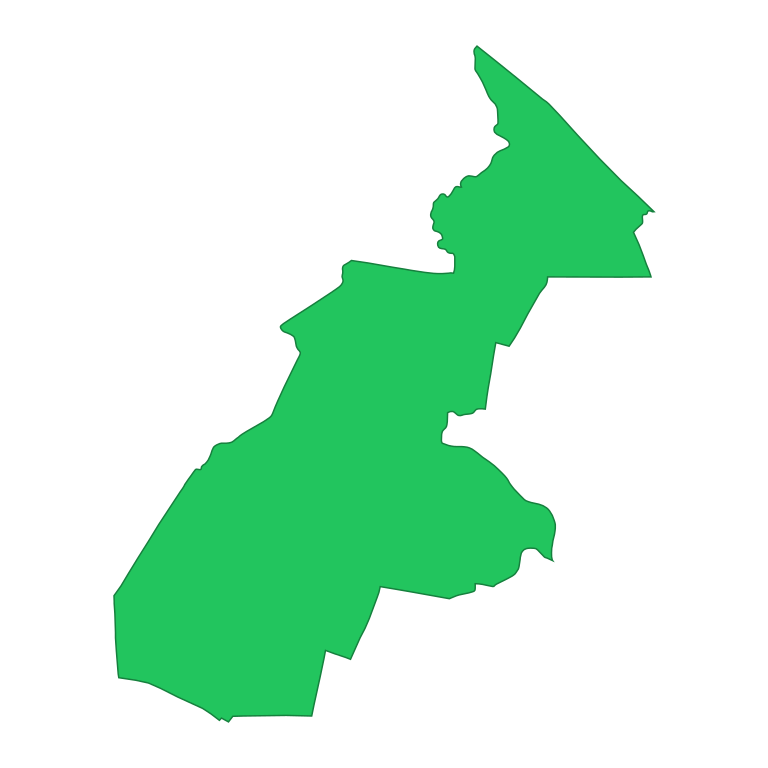 Kien Tuong, Long An, Vietnam (Mercator projection)
{"feature_id": "81297802B15581259777878", "entity_name": "Kien Tuong", "entity_type": "district", "adm_level": 2, "iso_a3": "VNM", "parent_name": "Vietnam", "parent_adm1": "Long An", "projection": "mercator", "projection_center": [105.93, 10.802], "detail": "fine", "context": "isolated", "style": "filled", "palette": "green", "viewbox_px": 768, "rotation_deg": 0, "n_neighbors": 0, "source": "geoboundaries", "source_scale": "gbopen_adm2", "svg_char_len": 6110}
<svg xmlns="http://www.w3.org/2000/svg" viewBox="0 0 768 768"><path d="M654.0,211.7L638.3,196.5L620.9,180.4L599.9,159.1L577.5,135.1L560.0,115.7L549.0,104.1L546.4,101.8L542.5,99.1L516.3,77.6L492.6,58.5L477.0,46.1L475.3,48.0L474.5,49.1L474.1,50.4L474.0,51.4L474.3,54.1L474.8,55.2L475.1,56.6L475.3,58.4L475.0,68.0L475.0,69.1L475.6,70.7L477.7,73.7L480.0,77.6L482.5,82.1L485.9,89.7L487.4,93.4L488.8,96.4L490.1,98.5L491.3,100.1L492.7,101.5L494.6,103.4L495.2,104.0L495.9,105.3L497.0,107.5L497.4,109.1L497.6,111.7L498.0,119.5L498.0,123.2L497.8,123.8L497.4,124.4L496.5,125.1L495.4,126.0L494.7,126.8L494.2,127.8L494.0,129.7L494.2,130.9L494.6,132.1L495.5,133.0L496.9,134.3L503.6,137.8L506.3,139.5L507.5,140.5L508.3,141.2L508.8,141.9L509.3,143.2L509.5,144.1L509.4,144.9L509.2,145.6L508.8,146.4L508.1,147.0L504.3,149.1L500.1,150.8L497.3,152.3L494.4,155.0L493.3,156.5L492.6,157.8L491.4,162.0L490.8,163.5L489.6,165.5L487.6,168.0L485.2,170.1L481.4,172.7L479.3,174.5L477.2,176.2L476.4,176.6L475.4,176.8L473.9,176.6L471.9,176.2L469.5,175.9L468.4,175.9L467.1,176.3L465.7,177.0L463.7,178.5L461.2,181.4L460.9,182.4L460.6,183.4L460.6,184.6L460.8,185.5L461.1,186.5L461.5,187.1L461.3,187.2L460.5,187.2L457.7,186.6L456.7,186.6L455.9,186.8L455.1,187.4L454.5,188.0L452.9,190.9L451.3,193.6L449.8,195.4L448.7,196.5L448.1,196.9L447.5,197.0L446.8,196.8L445.9,196.0L445.4,195.2L444.7,194.5L443.4,194.0L442.2,194.0L441.1,194.3L440.1,195.1L439.4,196.1L438.6,197.6L437.7,198.9L435.3,201.1L434.5,201.7L433.7,202.6L433.4,203.7L433.3,206.4L432.9,208.4L432.1,210.5L431.3,211.9L430.7,214.3L430.7,215.7L431.0,216.9L431.9,218.3L432.9,219.4L433.7,220.5L434.0,221.4L434.1,222.3L433.2,225.2L432.9,226.5L432.8,227.7L432.9,228.6L433.5,229.7L434.4,230.7L435.5,231.1L436.7,231.4L438.6,232.1L439.9,232.9L441.3,234.2L441.8,235.1L442.2,236.3L442.6,237.9L442.6,238.7L442.6,239.0L442.4,239.2L441.7,239.7L440.2,240.3L439.0,240.8L437.9,242.1L437.6,243.7L437.8,245.4L438.6,247.2L440.0,248.2L441.6,248.6L444.0,248.9L445.0,249.2L445.6,249.5L446.0,249.9L446.6,250.7L447.2,251.7L448.2,252.6L449.6,253.1L451.3,253.3L452.5,253.3L453.0,253.5L453.6,254.0L454.2,255.1L454.8,256.7L454.8,266.3L454.4,270.2L453.5,273.2L450.9,272.9L448.6,273.2L445.6,273.4L442.4,273.6L437.7,273.6L433.6,273.4L424.8,272.4L410.9,270.3L404.7,269.2L392.4,267.2L368.3,263.0L351.4,260.5L349.3,262.1L346.3,263.9L344.0,265.2L343.1,266.2L342.7,267.3L342.5,269.0L342.8,271.1L342.7,273.4L342.3,275.0L342.1,276.8L343.0,279.9L343.0,281.5L342.4,283.1L341.1,285.1L339.5,286.7L335.5,289.6L330.5,293.0L310.9,305.9L290.3,319.1L283.4,323.7L281.1,325.6L280.5,326.5L280.5,327.4L280.9,328.5L281.9,330.0L282.9,331.0L284.3,331.9L287.2,332.9L290.6,334.4L292.8,335.8L294.0,336.8L294.6,338.2L295.3,340.5L296.3,346.1L297.0,347.7L298.0,349.4L299.3,350.8L300.0,351.9L300.3,352.6L300.2,353.8L300.0,354.5L299.3,356.2L297.5,359.6L291.2,372.5L284.2,386.9L277.7,401.1L275.2,406.9L272.7,413.3L271.6,415.5L270.5,416.8L268.9,418.1L263.4,421.8L246.5,431.5L242.2,434.2L240.1,435.7L238.2,437.4L237.0,438.2L235.4,439.5L233.9,440.8L232.1,442.0L231.1,442.4L229.2,442.9L226.4,443.2L221.5,443.2L219.7,443.6L216.9,444.8L215.2,445.8L213.8,447.0L213.3,447.8L212.0,450.6L211.0,453.8L210.1,456.1L208.2,460.1L206.8,462.0L205.0,464.0L203.2,465.0L201.9,466.3L201.5,466.9L201.2,468.8L200.8,469.4L200.4,469.6L199.9,469.6L199.1,469.6L198.2,469.4L196.4,469.2L195.8,469.4L195.3,469.8L193.4,472.3L190.8,476.0L188.3,479.4L184.8,484.5L183.9,486.4L182.5,488.6L180.3,491.7L158.8,524.4L148.7,540.9L138.3,557.4L128.3,573.7L121.0,585.9L114.0,595.7L114.2,601.4L114.2,603.5L114.9,613.8L115.5,632.5L115.5,637.9L116.4,651.4L118.2,673.9L118.8,677.7L135.5,680.2L148.4,683.0L160.0,688.1L177.9,697.1L202.6,708.4L211.0,713.9L219.4,720.3L221.5,718.1L228.5,721.9L232.8,716.3L243.1,716.0L286.3,715.4L311.7,716.0L314.1,704.3L320.3,676.1L324.0,658.4L325.5,650.4L334.5,653.7L345.6,657.4L350.5,659.3L360.1,637.8L365.0,628.4L369.3,618.5L377.4,596.7L378.9,592.4L380.2,586.6L397.5,589.5L414.2,592.4L449.4,598.7L451.2,597.9L456.3,595.8L459.2,594.9L468.7,592.9L472.2,591.9L473.9,591.3L474.6,590.6L475.0,590.0L475.2,588.2L475.2,583.7L479.0,583.9L482.6,584.4L486.2,585.2L491.6,586.3L492.7,586.5L493.8,586.4L495.3,584.9L496.7,584.0L507.5,578.6L512.1,576.1L513.8,574.9L515.1,573.8L516.4,572.0L518.4,568.9L519.0,566.7L520.1,559.5L520.3,557.4L521.3,553.1L522.4,551.3L524.1,549.6L526.4,548.6L527.9,548.3L530.4,548.1L534.2,548.3L536.0,548.7L537.6,549.9L544.4,557.0L545.2,557.5L546.3,557.8L547.8,558.4L552.6,560.6L552.4,560.3L552.1,559.3L551.6,556.8L551.5,552.9L551.7,548.3L552.3,545.2L552.9,540.9L554.5,534.2L555.0,531.0L555.3,528.3L555.3,524.6L554.9,522.7L554.2,520.4L552.3,515.4L549.6,511.0L548.1,509.2L546.6,507.9L543.0,505.7L538.8,504.2L531.0,502.5L528.2,501.6L526.1,500.8L524.3,499.6L520.0,495.3L514.2,489.2L512.4,487.0L510.6,484.6L509.6,483.2L507.9,480.0L506.6,478.1L504.6,475.7L501.8,472.8L498.3,469.4L494.3,465.7L489.1,461.7L482.7,457.3L477.8,453.3L475.0,451.2L472.2,449.2L469.4,447.9L467.1,447.2L464.2,446.8L461.6,446.6L456.4,446.6L454.0,446.5L451.3,446.1L448.5,445.5L442.2,443.2L441.8,442.4L441.5,441.3L441.4,440.4L441.6,434.7L441.9,433.0L442.4,431.4L443.0,430.5L444.0,429.4L445.5,428.0L446.4,426.6L446.9,424.7L447.3,421.6L447.6,412.7L449.8,411.7L451.0,411.5L453.0,411.5L453.8,411.9L455.0,412.8L457.2,414.7L458.1,415.3L458.9,415.5L460.3,415.6L461.7,415.3L463.8,414.6L465.7,414.3L468.9,414.0L471.2,413.6L472.7,413.1L474.0,412.0L475.0,410.7L475.7,409.9L476.4,409.4L477.2,409.1L478.7,408.8L482.2,408.8L485.3,409.1L486.6,398.9L487.0,395.9L488.2,388.1L490.1,377.2L490.6,374.5L493.6,355.3L495.8,342.6L509.1,346.2L514.5,338.1L520.4,328.0L527.8,313.9L539.5,293.3L541.7,290.4L544.4,287.2L546.0,284.8L546.9,282.4L547.3,280.2L547.5,278.7L547.6,276.9L620.3,277.1L651.0,276.9L650.5,275.1L648.9,270.5L646.3,264.2L643.2,255.5L639.1,244.8L633.5,232.3L635.9,229.4L637.4,228.0L641.6,224.2L642.2,223.5L642.5,222.8L642.6,221.8L642.6,220.8L642.3,216.9L642.6,215.5L642.9,215.0L643.5,214.6L645.8,214.4L646.4,214.1L646.8,213.8L647.1,213.3L647.4,212.2L647.8,211.3L648.1,211.1L648.7,210.8L649.4,210.8L650.6,211.0L652.2,211.7L652.8,211.8L654.0,211.7Z" fill="#22c55e" stroke="#15803d" stroke-width="1.5"/></svg>